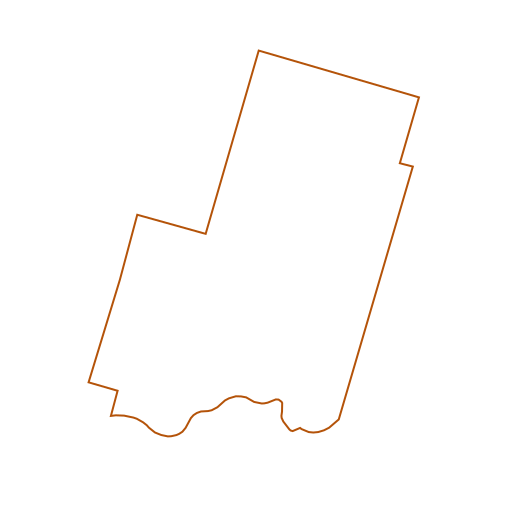 Thurston, Nebraska, United States of America, rotated 106°
{"feature_id": "52423323B78691180058519", "entity_name": "Thurston", "entity_type": "district", "adm_level": 2, "iso_a3": "USA", "parent_name": "United States of America", "parent_adm1": "Nebraska", "projection": "mercator", "projection_center": [-96.365, 42.147], "detail": "fine", "context": "isolated", "style": "outline", "palette": "amber", "viewbox_px": 512, "rotation_deg": 106, "n_neighbors": 0, "source": "geoboundaries", "source_scale": "gbopen_adm2", "svg_char_len": 895}
<svg xmlns="http://www.w3.org/2000/svg" viewBox="0 0 512 512"><g transform="rotate(106 256 256)"><path d="M57.8,310.0L248.6,310.5L249.1,381.5L316.3,380.3L423.6,382.1L423.7,351.9L449.7,351.4L447.8,346.9L445.8,338.8L445.1,329.3L445.3,325.7L447.0,318.7L448.8,314.3L450.5,311.7L453.5,304.5L454.2,297.7L453.7,291.0L452.6,287.8L450.1,283.2L448.2,280.9L445.2,278.3L440.6,276.3L429.7,273.9L426.2,272.2L423.2,269.6L420.6,266.0L418.3,259.4L416.5,256.1L412.0,251.4L403.4,246.0L400.3,242.8L396.4,236.7L395.1,231.7L394.6,226.5L396.8,217.6L396.2,209.9L395.4,207.5L393.8,204.4L388.4,197.4L387.8,194.7L389.1,191.3L390.1,190.3L398.4,188.1L402.6,187.5L404.6,186.7L407.6,184.1L413.5,176.1L414.2,174.6L414.2,172.5L409.1,166.2L409.8,164.6L410.7,156.8L409.9,152.3L408.1,147.7L404.8,142.6L400.9,138.4L390.3,131.4L126.8,129.9L127.2,143.3L58.6,143.1L57.8,310.0Z" fill="none" stroke="#b45309" stroke-width="2"/></g></svg>